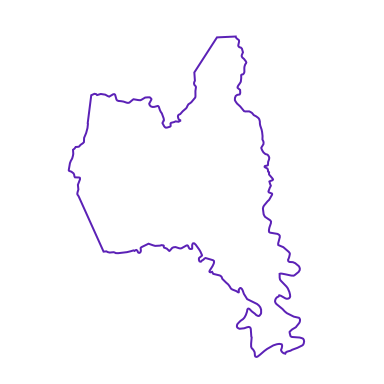 the district of Humuya, Comayagua, Honduras, rotated 95°
{"feature_id": "27666195B63492556097189", "entity_name": "Humuya", "entity_type": "district", "adm_level": 2, "iso_a3": "HND", "parent_name": "Honduras", "parent_adm1": "Comayagua", "projection": "albers", "projection_center": [-87.701, 14.223], "detail": "fine", "context": "isolated", "style": "outline", "palette": "violet", "viewbox_px": 384, "rotation_deg": 95, "n_neighbors": 0, "source": "geoboundaries", "source_scale": "gbopen_adm2", "svg_char_len": 6005}
<svg xmlns="http://www.w3.org/2000/svg" viewBox="0 0 384 384"><g transform="rotate(95 192 192)"><path d="M259.1,274.9L258.6,272.1L259.2,270.7L259.5,268.7L258.8,264.9L259.0,263.8L259.5,262.7L259.4,260.3L257.6,251.6L256.4,248.0L255.3,245.2L255.7,244.1L254.9,243.3L254.6,242.3L255.2,241.4L256.9,240.4L257.2,239.7L257.2,239.1L256.7,238.3L255.8,237.9L254.9,237.8L252.4,238.3L251.8,238.0L251.2,237.3L247.3,230.8L248.5,226.1L248.9,224.0L248.2,219.2L247.6,217.8L247.7,215.9L247.9,215.5L248.9,215.4L249.8,215.0L250.6,212.2L252.7,209.5L252.4,209.0L249.4,206.8L248.7,205.6L248.3,203.6L249.2,199.7L249.2,198.3L248.9,197.5L245.8,192.9L245.6,192.2L245.6,191.8L246.1,191.2L247.9,190.2L248.7,189.5L248.9,188.5L248.7,187.2L248.2,186.9L245.0,187.2L243.9,187.0L243.0,186.4L243.0,185.2L244.2,183.7L248.6,179.9L250.5,178.5L254.1,176.5L254.6,176.6L256.9,179.0L257.4,179.3L259.0,179.2L260.4,178.5L260.7,177.7L260.6,177.0L259.5,176.2L258.4,174.7L257.2,173.8L256.6,172.7L258.1,165.2L258.7,164.2L259.9,163.9L261.4,164.1L264.1,165.1L268.7,167.5L269.7,167.7L270.2,167.4L270.4,166.5L269.8,165.0L271.7,163.7L272.7,157.2L273.1,156.2L274.0,155.1L275.9,154.2L279.3,150.1L280.9,147.9L282.8,146.2L284.8,144.8L285.6,143.4L286.9,139.1L287.8,137.6L287.9,136.8L287.6,136.6L285.4,136.9L284.8,136.7L283.5,135.7L283.4,135.2L283.6,134.7L284.1,134.0L285.5,133.0L289.0,131.4L293.9,127.7L297.9,117.4L299.3,115.4L301.0,113.9L303.2,112.9L306.5,112.6L307.4,112.8L308.7,113.6L309.4,114.1L309.7,114.8L309.6,115.8L309.0,117.3L307.8,118.7L305.8,121.9L303.5,124.6L303.2,125.4L303.4,126.1L304.2,126.6L306.5,126.8L309.7,127.6L312.5,128.8L314.1,130.0L316.2,132.5L318.1,134.1L319.9,135.4L321.1,135.6L322.3,135.5L323.0,135.1L323.7,134.0L324.1,132.7L323.2,128.1L322.0,125.5L321.5,123.9L321.6,122.9L322.1,122.1L323.3,121.5L331.0,120.3L331.5,119.9L337.9,119.9L341.0,119.6L342.5,118.8L343.6,117.4L345.5,116.0L346.4,115.6L349.7,115.0L350.4,114.5L350.7,113.5L350.3,112.4L348.4,110.3L344.0,106.0L341.8,103.5L337.7,97.6L336.3,94.3L335.7,91.9L335.8,90.1L336.0,89.3L336.8,88.9L337.9,88.8L339.7,89.0L341.3,89.5L342.1,89.4L343.3,88.6L344.3,87.3L344.7,86.4L344.9,85.0L343.7,84.8L343.5,84.1L342.8,83.5L341.5,80.0L340.5,78.6L338.0,73.3L335.2,68.7L334.3,67.9L333.1,67.5L331.0,67.3L329.4,67.8L328.5,68.5L328.0,69.9L327.6,72.0L327.7,79.6L327.6,80.4L326.8,81.4L323.9,82.4L322.9,82.6L322.3,82.2L320.2,80.3L317.7,76.8L313.2,73.8L311.9,73.3L310.5,73.2L309.6,73.3L308.5,73.9L308.0,74.5L307.3,79.7L304.4,87.0L302.8,89.3L300.7,91.6L296.2,98.2L295.2,99.1L294.0,99.7L292.5,99.7L290.9,99.2L289.6,98.3L288.5,96.6L287.3,96.1L287.6,94.5L289.8,89.7L290.1,88.4L289.9,87.1L289.4,86.1L288.6,85.4L287.6,85.1L285.7,85.4L283.1,86.3L279.6,88.2L277.9,89.7L272.6,95.8L271.5,96.7L269.7,97.2L265.9,97.6L265.6,96.9L265.5,95.5L265.8,92.3L266.6,85.8L266.5,83.4L265.6,82.2L262.3,78.8L260.4,77.9L258.9,77.9L257.6,78.4L256.5,79.2L253.9,83.0L253.1,85.4L253.2,88.6L252.9,89.5L252.5,90.0L251.3,90.4L248.7,89.6L246.8,89.3L245.1,89.1L244.3,89.4L243.2,90.4L239.0,96.2L237.5,100.9L237.2,101.5L235.8,101.7L229.3,100.6L227.9,100.8L227.1,101.5L226.3,103.1L225.7,110.6L225.2,111.6L224.1,112.0L222.7,112.0L220.7,111.8L216.3,110.7L214.5,110.7L213.4,111.6L210.5,116.9L209.3,117.9L207.9,118.7L202.4,119.9L200.7,119.7L199.3,119.1L194.8,116.0L193.1,114.5L187.7,112.0L187.0,112.0L186.6,112.2L185.7,115.3L185.3,115.7L184.7,115.9L181.1,114.9L178.9,114.0L177.0,115.0L174.8,115.8L174.3,115.1L173.3,112.9L172.8,112.5L172.3,112.4L171.1,113.4L167.9,116.7L167.1,116.9L165.8,116.9L165.4,117.2L165.0,118.0L163.6,118.2L162.1,118.9L161.0,121.5L160.6,121.9L160.1,121.8L159.7,121.5L159.2,119.7L158.7,118.8L157.2,118.7L155.5,118.8L152.8,118.1L151.2,118.0L149.8,118.6L148.5,119.7L148.1,120.5L147.8,122.2L146.3,124.3L144.4,125.7L142.5,126.7L141.8,126.8L138.1,125.0L136.6,125.0L135.4,125.3L133.6,126.4L130.1,126.6L126.1,127.4L123.8,128.1L119.9,129.8L118.1,130.3L115.7,130.6L113.8,131.3L112.8,132.0L112.0,133.1L111.0,134.8L110.0,137.2L108.1,139.0L107.2,140.7L106.7,142.2L107.1,145.9L106.9,147.2L102.6,151.4L99.9,154.9L98.0,156.5L96.7,157.3L94.5,157.4L92.5,156.8L91.3,155.4L90.7,153.1L89.9,152.7L88.8,152.6L86.1,153.0L84.3,155.6L83.6,155.8L82.1,155.3L79.6,153.8L77.9,153.0L74.2,152.9L71.3,153.2L70.7,152.7L70.3,151.4L69.5,150.8L68.6,150.4L67.5,150.3L63.8,150.7L62.2,150.6L60.2,150.1L59.1,149.4L58.2,149.2L57.2,149.7L54.9,151.8L53.7,153.5L52.9,154.1L52.1,154.4L51.2,154.3L48.4,153.4L44.8,154.8L43.9,155.9L43.6,157.5L42.8,158.4L41.9,158.7L38.1,158.2L37.0,158.4L36.5,158.7L35.1,160.9L33.9,161.9L33.3,162.0L35.8,180.6L72.7,200.1L80.9,198.8L82.5,199.4L83.9,199.4L85.0,199.0L86.2,197.7L87.1,197.2L91.1,197.4L96.3,196.9L97.6,197.0L102.5,200.4L103.6,201.5L104.9,203.2L106.5,204.0L108.2,204.6L109.1,205.1L112.4,208.3L115.4,210.5L116.1,211.8L116.9,212.5L118.2,212.6L120.0,212.0L121.1,211.2L121.5,210.0L122.1,209.9L123.2,211.5L123.1,214.6L123.8,215.7L124.9,218.8L125.3,219.2L125.9,219.4L127.1,219.1L128.3,219.1L128.9,219.7L129.9,222.2L130.2,223.6L129.8,224.6L128.9,225.5L126.0,227.4L125.2,227.3L124.2,226.6L123.7,226.7L122.9,226.2L121.0,226.7L116.3,228.9L114.9,230.1L113.2,231.1L110.0,232.5L109.4,233.1L109.3,233.7L110.5,237.0L110.7,238.8L110.4,240.2L109.8,241.1L108.7,242.0L107.6,242.3L103.9,240.7L103.0,240.5L102.3,241.1L101.4,242.3L101.5,244.0L102.0,246.9L104.6,250.5L105.1,251.5L105.1,253.6L104.7,258.3L105.1,258.9L108.3,262.1L108.6,262.7L108.8,263.7L108.7,264.9L107.9,268.1L107.7,270.5L107.7,273.2L107.3,274.5L106.5,275.3L102.0,277.0L101.5,277.5L101.3,278.0L101.5,279.0L104.2,282.8L103.8,284.2L102.6,286.9L102.3,291.4L103.7,295.0L102.8,296.2L102.7,297.8L104.4,300.8L132.7,301.9L133.1,301.6L137.4,301.7L142.5,302.6L147.5,304.2L151.7,304.0L152.8,304.8L154.8,307.2L156.5,308.4L156.9,309.3L157.3,311.8L159.0,312.8L160.3,314.2L164.4,313.6L166.5,313.8L169.1,314.3L171.5,315.4L173.9,316.1L181.0,316.7L181.7,316.2L182.3,313.9L183.7,311.7L184.8,311.0L186.9,310.4L187.6,309.8L187.4,305.9L187.5,305.2L187.9,304.8L189.2,304.7L194.8,306.3L199.4,305.4L202.2,306.0L203.8,306.1L204.5,305.9L206.1,304.6L259.1,274.9Z" fill="none" stroke="#5b21b6" stroke-width="2"/></g></svg>